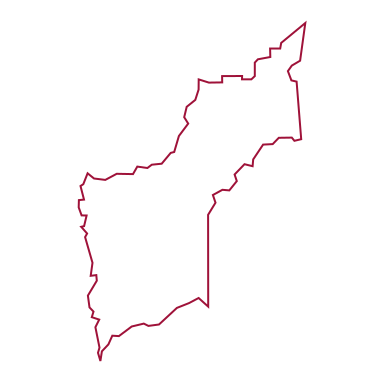 outline of Yuba, California, United States of America
{"feature_id": "52423323B63323326586067", "entity_name": "Yuba", "entity_type": "district", "adm_level": 2, "iso_a3": "USA", "parent_name": "United States of America", "parent_adm1": "California", "projection": "orthographic", "projection_center": [-121.36, 39.279], "detail": "fine", "context": "isolated", "style": "outline", "palette": "rose", "viewbox_px": 384, "rotation_deg": 0, "n_neighbors": 0, "source": "geoboundaries", "source_scale": "gbopen_adm2", "svg_char_len": 1159}
<svg xmlns="http://www.w3.org/2000/svg" viewBox="0 0 384 384"><path d="M305.3,23.0L281.2,42.9L280.2,48.5L270.1,48.5L270.3,57.0L257.9,59.3L254.8,62.6L254.8,76.1L251.4,79.3L242.0,79.3L242.1,76.0L222.1,76.1L222.2,82.4L208.9,82.6L198.7,79.4L198.6,89.6L195.3,99.9L186.7,106.8L184.2,117.2L188.2,123.6L178.9,136.0L174.2,152.0L170.7,152.9L161.7,163.7L151.8,164.7L147.4,168.0L137.3,166.6L133.0,174.1L116.7,173.8L105.3,179.9L94.0,178.5L87.6,173.3L83.3,184.2L80.5,186.0L84.0,199.6L78.9,200.1L78.7,207.4L81.6,215.4L86.6,215.5L84.1,226.1L81.2,226.8L87.1,233.5L85.1,237.1L92.5,262.8L90.7,275.8L96.3,275.1L96.8,280.7L87.9,295.6L89.5,307.4L93.5,311.6L91.8,317.2L99.2,319.6L95.4,327.2L99.5,347.6L98.0,352.8L100.4,361.0L101.9,351.3L108.4,344.4L112.3,335.7L118.9,336.1L131.7,326.5L143.8,323.6L148.4,325.9L159.0,324.5L176.9,307.9L189.0,303.1L198.6,298.0L208.2,306.6L208.1,214.8L215.5,202.7L212.9,195.0L222.4,189.8L229.3,190.4L236.8,181.1L234.6,174.5L244.5,164.2L252.6,166.2L253.2,159.4L263.1,144.6L272.7,144.1L278.8,137.8L291.8,137.6L294.4,140.8L301.2,139.2L296.6,81.6L291.4,80.4L287.9,71.1L291.8,65.6L300.1,60.7L305.3,23.0Z" fill="none" stroke="#9f1239" stroke-width="2"/></svg>